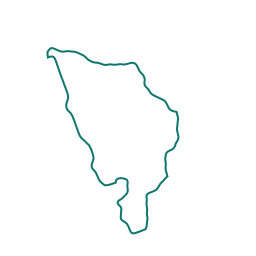 the district of Cabral, Barahona, Dominican Republic, rotated 160°
{"feature_id": "3306468B71944669665179", "entity_name": "Cabral", "entity_type": "district", "adm_level": 2, "iso_a3": "DOM", "parent_name": "Dominican Republic", "parent_adm1": "Barahona", "projection": "mercator", "projection_center": [-71.231, 18.209], "detail": "fine", "context": "isolated", "style": "outline", "palette": "teal", "viewbox_px": 256, "rotation_deg": 160, "n_neighbors": 0, "source": "geoboundaries", "source_scale": "gbopen_adm2", "svg_char_len": 3115}
<svg xmlns="http://www.w3.org/2000/svg" viewBox="0 0 256 256"><g transform="rotate(160 128 128)"><path d="M169.5,82.2L167.6,81.5L165.1,81.1L162.5,80.9L158.1,80.9L157.5,82.4L157.2,82.8L156.7,83.2L156.1,83.5L155.5,83.6L154.2,83.8L152.9,83.6L152.2,83.5L150.4,82.6L148.4,81.4L147.5,80.6L147.1,80.2L146.8,79.6L146.7,79.0L146.7,77.7L147.1,76.6L147.9,75.0L148.4,73.8L149.4,69.8L150.0,68.6L150.8,67.5L151.8,66.7L152.4,66.3L157.8,63.8L159.0,63.4L160.9,63.1L162.0,62.7L162.5,62.4L162.9,62.0L163.2,61.5L163.4,61.0L163.3,59.8L162.0,56.7L161.9,56.1L161.8,54.8L162.2,53.5L163.6,50.7L165.3,46.7L165.6,45.6L165.7,45.0L165.5,44.4L165.3,43.8L164.7,42.7L162.6,39.9L161.9,38.6L161.7,37.9L161.3,35.7L161.1,30.5L160.8,29.1L160.5,28.5L160.1,27.9L159.6,27.5L159.0,27.2L158.3,27.0L157.0,26.8L154.0,26.7L146.1,26.9L144.4,29.0L143.7,30.1L142.5,32.6L140.7,36.1L140.3,37.4L139.8,40.2L139.4,41.5L138.0,44.5L137.6,45.7L136.9,49.2L136.5,50.6L134.9,54.1L133.9,57.7L133.6,58.3L133.2,58.7L132.6,59.1L132.0,59.4L130.7,59.7L124.7,59.9L123.2,60.2L122.4,60.4L121.8,60.7L120.5,61.5L117.1,64.2L115.9,65.0L113.4,66.1L109.9,68.1L107.5,69.0L107.0,74.5L106.7,76.6L106.3,77.9L104.9,80.9L104.5,82.2L104.0,84.9L103.6,86.3L102.7,88.0L101.1,90.6L100.3,91.5L99.0,92.1L97.7,92.4L94.0,92.8L92.5,93.2L92.0,93.4L90.4,94.6L89.6,95.5L88.2,97.4L85.8,99.2L84.9,100.1L84.2,101.1L83.6,102.4L83.4,103.1L82.9,107.7L82.4,110.0L81.9,111.2L80.7,113.5L79.6,116.0L78.1,118.9L77.6,120.2L77.3,122.3L76.9,126.6L80.0,128.5L81.0,129.4L81.8,130.4L82.5,131.6L82.9,132.9L83.5,138.6L83.8,140.0L84.1,140.6L85.0,141.9L85.9,143.0L91.3,148.4L92.9,150.1L94.2,151.9L94.8,153.2L95.7,157.3L96.2,158.6L97.0,160.3L97.4,161.5L97.6,162.8L97.5,163.5L97.2,164.7L96.1,166.9L95.6,168.2L95.4,169.5L95.5,171.6L95.8,173.0L97.1,176.0L97.6,177.2L97.8,178.6L98.2,182.9L98.4,184.3L99.0,185.5L99.8,186.6L100.9,187.4L102.1,188.0L103.5,188.2L107.8,188.6L109.2,188.8L110.5,189.2L113.4,190.6L114.8,191.0L118.2,191.8L119.5,192.2L122.4,193.7L123.7,194.1L126.5,194.6L127.8,195.1L128.5,195.4L129.7,196.2L133.2,199.0L134.4,199.8L136.3,200.6L137.5,201.3L138.7,202.2L139.8,203.2L141.3,204.9L142.2,206.1L142.8,207.3L143.7,209.2L144.4,210.4L145.3,211.6L146.8,213.2L148.9,215.3L150.5,216.8L151.7,217.6L152.9,218.3L154.8,219.1L157.2,220.3L158.4,220.9L159.7,221.2L162.5,221.8L163.8,222.3L164.4,222.6L166.2,223.9L170.3,227.9L171.3,228.7L171.9,229.0L172.5,229.2L173.1,229.3L173.7,229.2L174.3,229.1L175.3,228.5L177.4,227.2L178.1,225.8L178.5,224.4L179.1,221.7L176.4,221.6L175.2,221.3L174.6,221.0L174.1,220.6L173.7,220.1L173.3,219.4L173.1,218.8L172.9,217.3L172.9,215.0L173.1,201.7L173.0,183.4L173.1,180.1L173.6,177.8L174.2,176.4L175.0,175.2L177.2,172.4L178.3,170.5L178.7,169.2L178.8,167.8L178.8,166.4L178.4,165.0L176.8,161.5L176.4,160.0L176.2,158.4L176.0,154.2L176.1,140.7L176.0,138.3L175.8,136.6L175.2,134.5L173.6,131.6L172.5,129.1L170.7,125.6L170.3,124.0L170.1,122.5L169.9,119.2L170.0,115.9L170.2,113.4L170.6,111.9L170.8,111.2L171.6,109.9L174.6,106.0L175.2,104.7L175.4,103.4L175.4,102.7L175.1,101.5L173.9,98.6L173.5,97.2L173.3,94.9L173.0,90.2L172.6,87.9L171.8,86.0L169.5,82.2Z" fill="none" stroke="#0f766e" stroke-width="2"/></g></svg>